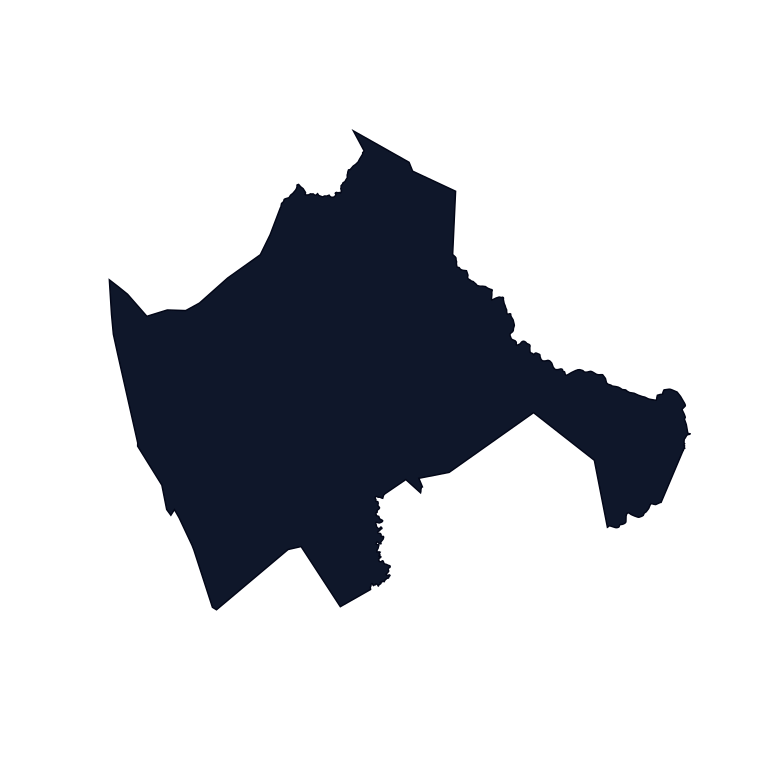 outline of Gualaco, Olancho, Honduras, rotated 62°
{"feature_id": "27666195B37652459733493", "entity_name": "Gualaco", "entity_type": "district", "adm_level": 2, "iso_a3": "HND", "parent_name": "Honduras", "parent_adm1": "Olancho", "projection": "mercator", "projection_center": [-86.008, 15.224], "detail": "fine", "context": "isolated", "style": "filled", "palette": "ink", "viewbox_px": 768, "rotation_deg": 62, "n_neighbors": 0, "source": "geoboundaries", "source_scale": "gbopen_adm2", "svg_char_len": 6170}
<svg xmlns="http://www.w3.org/2000/svg" viewBox="0 0 768 768"><g transform="rotate(62 384 384)"><path d="M247.4,230.3L209.5,258.8L200.0,257.8L146.2,292.2L168.8,292.1L169.1,292.3L169.7,294.2L171.0,294.9L174.0,300.0L175.8,302.6L176.8,306.1L177.1,308.8L178.8,313.1L178.3,314.8L179.9,316.5L181.0,317.2L182.2,318.4L184.6,319.5L185.8,321.7L187.0,323.5L187.1,325.7L188.0,326.7L188.8,328.8L190.2,329.5L191.2,330.4L193.7,331.0L194.9,332.7L194.8,333.1L193.9,333.6L193.6,335.0L192.6,335.8L192.4,336.9L192.7,337.5L194.0,337.3L194.4,338.0L195.2,338.7L195.2,339.9L195.5,340.8L194.3,342.9L193.1,343.6L191.5,343.8L191.2,346.3L190.0,348.4L190.1,349.9L189.8,350.6L186.9,353.1L184.8,353.3L185.2,355.1L185.1,356.1L184.8,356.5L183.0,357.2L182.8,357.5L182.4,358.5L181.6,359.6L181.6,362.0L180.5,364.0L180.0,364.5L179.6,364.7L179.2,364.4L178.5,363.6L178.0,363.4L173.6,363.7L170.7,365.0L167.7,365.7L167.4,367.1L167.6,367.5L168.5,367.8L170.2,369.3L171.3,371.0L172.9,375.0L173.4,377.8L174.9,380.4L174.1,384.4L174.2,385.5L175.6,386.8L176.3,388.4L176.3,389.1L176.6,389.8L179.5,392.1L179.8,392.8L198.7,414.4L211.8,432.5L217.0,472.2L225.9,508.9L226.1,524.6L216.9,540.6L212.9,561.6L184.3,568.3L173.3,573.0L163.1,577.6L194.6,591.9L213.0,599.6L233.0,605.2L320.4,629.1L323.2,630.7L369.0,627.6L392.8,634.8L399.8,633.8L396.5,628.0L405.9,627.7L436.4,629.2L441.4,629.8L500.6,640.3L504.7,637.9L485.1,546.4L488.6,533.5L560.1,527.1L559.1,492.3L557.0,491.5L556.1,490.3L554.9,489.5L554.5,488.7L554.8,488.0L556.6,488.1L557.1,487.8L556.7,486.7L557.2,486.1L556.6,485.2L556.7,484.7L557.7,484.3L558.2,483.8L559.4,484.0L559.7,483.8L559.5,483.4L558.7,483.0L558.9,482.3L558.8,480.8L558.5,480.2L558.3,480.0L557.5,480.3L557.9,477.4L558.6,476.6L557.7,475.4L557.0,472.9L557.4,471.1L556.3,469.8L556.0,468.7L555.2,468.7L554.5,470.8L553.7,471.5L553.0,471.5L552.7,471.2L552.3,469.4L551.6,467.9L551.2,467.6L550.0,467.4L549.2,467.1L548.7,466.2L548.7,464.9L548.0,464.2L547.5,464.1L547.0,464.4L545.8,465.6L544.5,466.5L543.0,468.1L541.8,468.2L540.2,467.9L539.6,468.1L539.3,468.5L539.6,469.9L539.5,470.5L538.6,471.2L537.3,471.5L535.7,470.3L535.6,468.5L535.2,467.9L534.6,468.0L534.2,469.0L533.6,469.2L533.0,468.6L532.9,467.8L531.4,467.7L530.7,466.4L529.9,467.1L529.3,468.9L528.9,469.1L527.2,467.9L526.4,466.5L524.0,464.3L523.1,464.4L522.5,465.6L522.1,465.9L521.6,466.0L520.9,465.6L520.3,464.7L520.4,463.8L523.1,462.8L523.6,461.7L523.3,461.4L522.6,461.4L522.1,461.1L520.5,457.5L519.2,456.3L518.5,456.1L518.1,456.3L517.4,458.1L515.6,457.3L514.7,457.3L514.2,457.5L513.1,459.0L512.7,459.2L511.8,459.1L511.4,458.7L511.4,457.0L510.7,455.1L510.7,453.9L510.5,453.6L509.9,453.5L509.2,453.6L508.8,454.0L509.5,455.8L509.4,456.5L509.0,456.9L506.5,457.6L504.6,457.0L503.3,456.8L502.6,456.4L502.4,455.9L502.7,455.3L504.2,453.8L504.6,453.1L504.8,450.7L504.5,449.8L504.2,449.4L503.5,449.5L500.9,451.2L498.5,450.8L496.9,452.3L496.2,452.5L495.4,452.1L493.9,451.8L493.8,451.5L494.1,450.4L492.3,449.2L492.0,447.3L491.3,446.1L490.1,446.1L488.3,446.5L486.6,445.1L485.2,444.7L484.8,444.9L484.0,446.1L483.6,446.3L482.3,445.4L480.4,445.4L479.7,444.7L479.6,444.1L479.7,443.4L481.1,442.4L482.1,440.7L483.8,439.4L484.3,438.8L482.0,436.6L481.4,434.8L478.6,409.6L497.2,402.8L496.3,402.0L494.3,400.8L493.1,399.7L492.8,399.2L492.9,398.4L483.6,397.5L492.6,368.0L479.5,265.4L550.1,234.1L615.4,254.0L615.4,253.6L615.0,251.9L615.1,251.3L619.4,247.1L620.2,245.8L620.5,244.4L620.4,243.5L619.4,242.5L619.0,241.8L619.8,239.4L620.0,238.1L620.0,236.7L619.5,235.4L618.9,234.9L614.3,232.3L612.8,230.9L612.3,229.8L612.4,229.0L612.8,228.3L615.3,227.0L618.1,224.8L620.5,222.6L621.1,221.9L621.4,221.2L621.8,218.5L621.7,216.8L620.2,214.9L619.9,212.5L618.2,208.8L615.7,205.8L615.1,204.4L615.4,203.7L616.9,202.2L618.0,200.7L618.3,195.8L618.6,194.9L583.4,151.5L583.3,151.0L582.3,150.4L581.9,148.6L580.9,148.6L579.6,147.6L578.4,148.0L577.9,146.6L577.1,146.7L576.3,146.5L573.8,144.9L573.0,143.3L571.4,140.8L571.4,139.3L571.9,137.8L571.8,137.2L571.6,137.1L570.7,138.5L569.6,138.7L561.6,136.1L556.3,135.3L555.8,135.0L555.1,133.8L554.4,133.5L551.5,133.1L546.8,132.9L546.1,132.3L544.9,128.5L544.2,127.9L542.4,127.7L534.2,128.0L528.7,129.0L524.1,132.7L522.9,133.9L522.4,134.8L520.7,139.4L520.8,139.8L522.6,141.9L523.5,142.5L523.8,142.8L522.9,145.1L522.3,147.9L524.1,149.5L525.1,150.1L526.1,151.3L525.8,151.9L522.3,156.4L521.2,157.6L518.0,159.9L516.5,161.7L513.3,164.7L509.6,167.5L506.8,171.2L504.7,172.6L502.7,173.4L500.7,176.3L498.7,177.3L496.8,178.6L495.2,180.4L493.0,183.4L491.5,184.2L489.4,186.3L487.4,187.0L483.1,185.9L478.5,186.6L478.1,187.1L476.6,190.2L475.3,191.8L471.3,194.2L470.1,195.2L469.6,196.1L468.9,199.0L467.9,201.0L467.4,201.5L465.6,202.1L464.8,202.8L463.3,204.4L462.5,206.0L462.1,208.6L461.9,213.2L462.1,217.7L462.0,218.6L461.6,219.2L460.8,219.5L458.2,218.9L457.7,219.1L456.8,220.1L455.3,219.7L454.4,219.9L453.7,220.8L453.0,223.5L452.4,224.8L451.8,225.7L450.9,226.3L448.5,226.7L444.3,226.1L442.1,226.6L441.2,227.0L440.1,228.1L439.3,231.0L438.3,232.7L437.8,233.3L435.9,233.8L433.2,233.4L431.5,232.7L430.9,232.8L428.4,234.8L427.9,235.4L427.8,236.3L428.5,238.0L427.0,238.4L425.2,239.9L424.5,240.0L423.2,239.6L420.5,238.3L419.0,237.2L418.3,237.0L417.4,237.2L415.2,238.9L413.8,239.2L412.6,239.8L411.8,240.6L411.4,241.9L411.7,243.3L412.3,244.4L412.5,245.3L412.3,247.8L412.1,248.5L411.8,248.8L411.1,248.6L409.5,247.7L408.7,247.6L407.3,248.0L405.1,249.8L403.9,250.4L399.9,249.9L398.8,248.9L398.1,245.7L397.4,244.7L395.6,243.5L393.6,241.5L392.3,241.0L388.0,239.9L384.3,240.1L383.1,239.9L381.7,239.3L381.1,239.7L380.5,242.0L379.7,242.4L378.1,241.9L376.1,240.9L374.1,240.8L371.7,240.3L369.3,240.1L365.3,238.9L364.3,238.2L363.7,238.1L363.1,238.5L362.8,239.6L361.3,241.5L360.7,244.7L360.6,247.6L360.4,249.2L360.2,249.5L359.6,249.4L355.9,246.9L353.3,245.6L352.2,244.5L351.4,244.4L350.2,245.7L348.0,247.5L345.6,248.7L344.1,250.8L342.6,253.5L340.8,255.5L338.4,256.0L337.2,256.6L335.5,257.1L334.1,258.5L332.5,259.2L330.6,260.4L329.0,260.1L327.5,258.9L326.9,258.7L322.7,258.0L320.7,260.9L319.4,262.2L318.1,262.8L316.5,263.0L315.4,264.3L314.7,264.6L311.8,263.6L310.1,262.5L308.5,262.2L306.5,261.3L305.3,261.4L301.9,262.6L247.4,230.3Z" fill="#0f172a" stroke="#020617" stroke-width="1.5"/></g></svg>